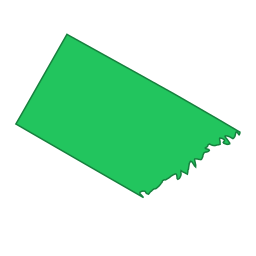 outline of Matacos, Formosa, Argentina, rotated 300°
{"feature_id": "61730980B89566951406384", "entity_name": "Matacos", "entity_type": "district", "adm_level": 2, "iso_a3": "ARG", "parent_name": "Argentina", "parent_adm1": "Formosa", "projection": "robinson", "projection_center": [-62.047, -23.907], "detail": "fine", "context": "isolated", "style": "filled", "palette": "green", "viewbox_px": 256, "rotation_deg": 300, "n_neighbors": 0, "source": "geoboundaries", "source_scale": "gbopen_adm2", "svg_char_len": 2762}
<svg xmlns="http://www.w3.org/2000/svg" viewBox="0 0 256 256"><g transform="rotate(300 128 128)"><path d="M75.4,28.9L75.4,113.2L75.5,174.4L75.5,176.2L76.6,173.2L77.1,171.1L78.2,170.5L79.1,171.0L79.7,171.3L80.1,171.6L80.6,172.2L80.8,172.5L81.2,173.2L81.6,174.1L81.7,174.6L81.1,175.5L80.7,176.3L80.6,177.5L80.9,178.5L80.9,178.8L81.7,179.0L83.3,179.2L83.6,179.2L85.3,179.9L86.6,180.2L87.6,180.7L88.3,181.0L89.1,182.1L89.4,182.4L89.5,182.5L90.7,183.0L91.9,183.4L93.0,183.8L94.0,184.0L94.6,184.1L95.6,184.3L96.9,184.3L97.2,184.4L97.7,184.6L98.5,184.5L99.3,184.3L99.8,184.4L100.1,184.6L100.4,184.8L101.1,185.1L101.4,185.4L101.5,185.9L101.9,186.5L103.9,187.6L105.3,188.4L106.5,188.9L107.7,189.3L108.5,189.7L108.6,189.8L109.6,190.3L110.8,191.1L112.0,192.0L112.1,192.9L111.5,193.8L110.4,194.7L109.7,195.2L108.8,195.8L108.5,196.8L110.0,197.7L111.7,197.7L112.6,197.6L113.7,197.4L114.8,196.9L116.2,195.8L117.6,195.3L117.4,197.2L117.6,199.1L117.6,200.6L117.7,202.5L120.0,201.7L120.7,201.3L121.1,201.1L121.7,200.9L122.2,201.0L122.9,200.8L124.3,200.2L127.9,198.8L128.9,198.8L130.4,198.7L130.7,199.9L130.3,201.2L130.0,201.7L129.6,202.4L129.2,203.3L128.5,204.4L128.1,206.0L129.7,205.2L132.6,202.6L133.8,201.5L134.5,201.3L135.1,202.0L135.7,203.3L136.0,203.9L136.0,204.2L136.1,204.7L136.5,205.5L136.9,206.7L137.1,206.9L137.5,207.3L138.2,207.3L138.4,207.3L139.5,207.2L140.5,207.1L141.3,206.8L141.9,206.5L142.9,206.4L143.7,206.3L144.6,206.3L146.0,207.2L146.4,208.0L146.9,208.4L147.1,208.5L147.3,208.8L147.6,209.0L148.1,209.3L148.6,209.5L149.3,209.6L149.8,208.7L149.3,206.8L148.9,205.4L149.4,204.9L150.7,205.5L151.1,205.8L151.7,206.0L152.3,206.0L152.9,205.8L153.5,205.8L155.0,206.6L155.0,208.5L155.2,209.5L155.3,210.0L155.5,210.6L156.1,211.9L156.6,212.5L157.4,213.2L157.9,213.7L158.8,214.9L159.7,215.7L159.9,215.9L160.9,215.3L161.9,214.7L162.4,214.4L162.8,214.1L163.1,213.7L163.6,213.3L164.6,212.6L165.3,212.6L166.0,214.6L166.1,217.0L165.3,218.0L163.2,217.6L162.7,218.5L163.0,220.5L163.2,221.2L163.3,221.9L163.6,222.4L164.1,223.1L165.2,224.0L165.9,223.5L166.2,222.7L166.6,222.0L166.8,221.5L167.1,220.9L167.4,220.3L167.7,219.6L168.0,218.8L168.4,217.6L169.2,216.2L169.6,216.1L169.9,216.3L170.6,217.7L170.8,218.3L170.9,219.1L171.2,220.1L171.2,220.9L171.2,221.9L171.2,223.1L171.2,223.9L171.2,224.0L171.3,224.2L172.2,224.6L173.3,224.7L173.9,224.8L175.2,224.5L175.7,224.3L176.4,224.1L177.4,223.9L177.7,223.7L178.0,223.6L178.5,223.7L179.0,224.1L178.8,224.7L178.7,225.2L177.9,226.8L177.6,227.3L177.7,227.7L179.0,227.6L180.4,227.0L180.4,226.1L180.4,224.4L180.4,223.8L180.6,200.9L180.6,200.7L180.6,189.7L180.6,186.1L180.6,165.1L180.6,151.9L180.3,133.3L180.3,128.9L180.2,126.8L180.1,118.0L178.6,31.0L178.6,28.3L87.5,28.9L75.4,28.9Z" fill="#22c55e" stroke="#15803d" stroke-width="1.5"/></g></svg>